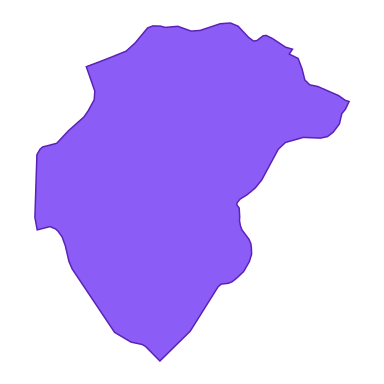 SVG path tracing the border of Herrera
{"feature_id": "PAN-1338", "entity_name": "Herrera", "entity_type": "Province", "adm_level": 1, "iso_a3": "PAN", "parent_name": "Panama", "parent_adm1": "", "projection": "mercator", "projection_center": [-80.638, 7.834], "detail": "fine", "context": "isolated", "style": "filled", "palette": "violet", "viewbox_px": 384, "rotation_deg": 0, "n_neighbors": 0, "source": "natural_earth", "source_scale": "10m", "svg_char_len": 1125}
<svg xmlns="http://www.w3.org/2000/svg" viewBox="0 0 384 384"><path d="M292.5,49.2L289.2,54.1L298.1,58.4L302.1,69.0L304.8,79.9L309.7,84.8L317.8,86.5L338.8,95.7L345.2,100.3L349.1,101.5L345.5,109.1L341.8,113.7L339.4,123.9L333.2,132.2L327.5,136.6L320.5,138.1L303.2,137.4L285.4,142.5L278.3,149.2L261.7,180.0L255.2,188.0L247.3,194.6L240.1,199.1L237.3,202.5L236.7,204.7L239.2,208.0L239.7,216.7L239.5,220.7L240.4,225.7L241.9,229.8L249.0,239.3L250.8,243.6L251.4,247.8L251.6,254.2L249.4,261.5L243.6,271.6L236.7,278.1L232.2,281.7L228.3,283.3L221.2,284.1L218.0,286.9L190.2,331.2L159.9,361.0L145.6,346.5L142.2,344.5L131.0,342.1L114.6,332.4L72.2,269.0L69.0,261.6L65.3,245.7L62.1,236.9L58.1,231.3L55.5,228.9L50.0,226.6L37.2,229.9L34.9,217.4L36.9,154.7L40.0,149.3L42.7,146.9L56.7,143.3L68.3,130.9L84.0,116.9L88.3,110.6L94.2,99.8L94.8,91.1L86.3,66.7L106.4,59.1L126.2,51.1L135.1,43.0L147.6,27.9L152.9,25.9L160.4,26.1L165.3,27.4L177.8,26.3L191.2,31.1L200.2,30.4L220.3,23.7L230.5,23.0L238.1,26.2L248.5,37.3L253.4,41.0L256.7,40.7L263.0,35.9L266.1,35.4L272.6,38.6L285.4,47.1L292.5,49.2Z" fill="#8b5cf6" stroke="#5b21b6" stroke-width="1.5"/></svg>